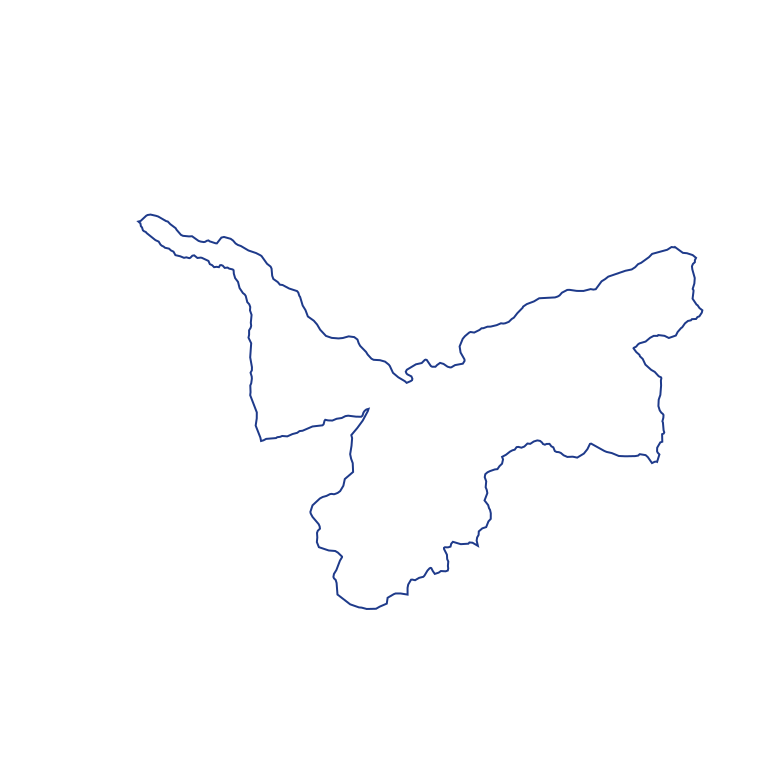 Trong, Tongsa, Bhutan, rotated 288°
{"feature_id": "84629894B683869752306", "entity_name": "Trong", "entity_type": "district", "adm_level": 2, "iso_a3": "BTN", "parent_name": "Bhutan", "parent_adm1": "Tongsa", "projection": "robinson", "projection_center": [90.682, 27.159], "detail": "fine", "context": "isolated", "style": "outline", "palette": "blue", "viewbox_px": 768, "rotation_deg": 288, "n_neighbors": 0, "source": "geoboundaries", "source_scale": "gbopen_adm2", "svg_char_len": 6166}
<svg xmlns="http://www.w3.org/2000/svg" viewBox="0 0 768 768"><g transform="rotate(288 384 384)"><path d="M604.2,618.3L603.7,618.0L603.1,615.1L599.2,611.9L590.6,598.8L586.5,596.8L578.7,591.1L576.5,588.6L572.7,586.8L569.5,584.2L566.3,578.6L555.4,564.1L552.1,561.9L548.9,559.2L539.6,556.1L538.5,554.0L538.1,551.2L534.1,544.9L532.1,538.5L530.9,531.4L530.1,529.2L525.8,525.0L522.5,523.6L520.9,522.2L519.2,519.9L513.5,505.1L508.9,501.1L504.1,495.1L500.6,492.4L499.4,492.3L492.5,488.9L487.2,487.0L485.3,485.4L481.7,483.5L479.2,480.5L478.3,478.7L477.9,476.5L474.8,473.0L471.5,467.6L470.5,464.7L467.8,461.3L467.1,459.5L465.0,458.2L460.8,453.9L460.2,450.2L459.2,449.1L454.5,446.2L451.3,444.9L443.1,444.3L437.6,447.1L432.3,452.9L430.9,453.5L427.7,452.7L423.9,445.7L420.7,442.9L420.2,441.8L420.1,439.1L421.5,434.4L421.4,430.8L418.4,428.6L416.3,427.6L415.3,424.5L415.6,423.0L420.1,417.2L420.0,416.0L419.4,415.3L415.6,413.4L412.6,408.3L404.6,401.3L402.4,400.9L401.0,402.1L400.4,403.2L399.7,407.7L397.7,409.4L396.3,409.5L395.0,408.5L392.1,405.2L393.1,403.0L394.8,395.5L397.4,389.1L402.9,384.0L403.9,382.6L405.6,378.1L405.4,372.8L403.8,366.6L404.2,364.2L407.0,359.3L408.9,357.1L412.9,349.5L415.0,347.3L418.1,345.0L419.4,341.2L418.4,335.7L415.0,330.6L413.3,326.7L411.7,320.0L411.8,313.9L415.9,306.5L419.9,302.0L422.5,297.7L424.7,290.7L430.0,286.5L433.5,282.4L440.9,277.3L441.7,276.2L444.5,274.2L445.5,272.6L445.5,264.3L446.8,256.9L446.3,254.3L448.1,251.5L449.7,246.3L452.4,244.2L459.0,241.4L460.6,239.9L462.2,235.6L467.9,227.9L468.3,226.3L469.0,221.9L469.1,213.8L471.0,205.3L471.1,202.0L471.8,199.4L473.8,196.1L474.7,193.3L474.4,186.4L473.0,184.1L466.1,181.6L465.8,180.4L465.8,174.1L466.3,172.7L465.5,171.3L463.9,169.9L463.3,168.8L462.8,165.7L462.8,163.4L465.2,155.8L464.1,152.9L462.8,147.0L463.1,144.8L466.6,139.0L467.8,137.7L470.0,131.3L471.7,128.2L471.6,126.3L473.5,117.5L473.5,115.2L473.0,109.6L471.7,107.0L470.6,105.9L463.8,102.1L462.6,100.2L461.5,102.7L459.0,104.0L458.1,105.5L455.7,107.2L455.2,108.3L454.9,110.6L454.2,111.6L450.2,122.2L449.8,125.7L447.5,128.4L446.8,130.1L446.6,131.9L445.9,133.6L446.3,137.7L445.2,140.1L444.8,142.9L442.1,145.8L442.5,150.7L442.2,154.8L443.4,156.9L443.5,159.9L444.2,160.8L446.8,162.1L447.7,163.7L446.2,167.6L447.6,170.7L447.7,171.9L446.8,179.0L444.2,181.3L443.9,183.8L442.6,186.3L443.7,188.5L444.1,190.9L446.3,191.4L446.8,192.4L446.7,194.1L445.2,196.6L446.4,199.3L445.9,201.1L446.2,204.7L445.7,205.8L442.5,207.1L438.7,209.7L436.0,213.6L430.6,217.0L426.9,221.7L426.1,223.9L425.0,225.3L419.6,228.7L418.2,231.2L415.9,233.0L412.6,233.8L408.8,236.7L401.1,238.4L398.3,239.7L396.2,239.8L393.4,239.1L389.1,240.5L386.2,240.8L381.7,245.1L368.0,248.5L359.2,253.2L356.2,254.1L353.5,253.6L350.2,255.9L348.2,256.7L343.6,257.5L341.3,257.3L335.0,259.6L332.0,260.2L317.7,271.8L312.0,273.6L304.8,274.8L294.8,283.0L291.8,284.7L293.2,286.8L295.4,288.9L299.2,298.0L300.4,298.9L301.7,301.6L303.1,303.2L304.3,308.2L308.1,312.4L310.8,316.6L313.1,318.2L314.4,321.0L321.5,329.1L325.7,338.3L327.0,339.0L330.6,338.8L331.8,339.2L332.1,342.1L333.3,346.2L336.3,349.7L338.6,354.3L341.5,357.2L342.8,359.7L344.3,367.5L345.8,372.4L347.2,373.3L350.5,373.3L352.5,373.9L354.3,375.1L355.6,377.0L353.3,377.0L342.7,375.1L333.9,372.2L325.3,368.7L322.7,370.4L315.2,372.2L306.8,373.5L302.8,375.8L299.1,378.7L290.8,381.8L281.5,376.1L274.7,376.8L268.6,375.4L266.1,373.6L264.6,371.8L263.7,370.5L263.3,368.1L262.6,366.7L259.8,363.9L257.6,360.6L255.3,358.4L246.5,353.5L239.6,353.5L238.2,354.3L235.5,357.1L230.5,365.2L228.7,366.8L226.6,367.8L224.0,366.4L221.7,366.3L217.4,368.0L212.9,369.0L208.7,372.5L208.6,382.9L210.1,389.2L209.4,392.3L206.9,397.4L206.3,397.6L202.4,396.7L192.4,396.2L187.9,395.1L184.9,395.5L183.7,396.5L182.7,398.6L180.1,400.4L169.4,404.8L164.0,419.9L163.8,429.2L164.4,431.8L164.7,437.1L167.8,445.9L170.9,448.7L176.0,454.5L181.8,453.5L187.2,458.3L188.4,459.8L189.9,464.4L191.0,471.5L197.4,469.4L200.8,469.0L206.2,470.2L206.7,471.2L207.0,474.2L210.5,477.3L212.8,481.0L214.3,481.7L220.0,483.0L222.8,484.3L223.5,485.1L223.5,485.9L221.2,488.2L219.1,491.0L221.5,494.3L223.7,495.9L224.9,500.5L226.3,502.3L228.4,502.1L230.7,501.0L235.0,500.0L237.0,498.2L241.1,496.6L245.7,492.0L246.7,491.7L247.5,492.3L248.5,495.5L249.9,497.5L252.9,497.3L255.2,498.3L255.4,506.5L258.2,513.6L259.7,514.2L260.4,517.2L259.1,523.3L263.7,520.5L266.8,520.0L269.7,520.6L273.1,519.7L277.1,522.1L279.5,525.4L285.6,525.8L288.7,527.2L294.1,525.5L297.1,523.7L298.3,522.3L301.0,520.5L304.3,515.6L312.2,516.0L315.1,514.4L317.2,512.6L323.0,511.3L326.5,508.6L329.5,508.2L332.0,509.7L333.9,511.7L337.0,515.8L338.1,518.2L341.5,519.2L344.7,520.9L349.1,520.5L351.2,518.8L354.4,521.9L358.6,524.7L360.6,526.6L361.9,528.6L364.9,529.6L365.7,531.2L365.9,534.4L367.9,536.8L371.7,538.8L372.3,541.6L375.6,544.2L377.7,547.2L377.9,548.4L378.1,550.1L377.1,552.5L376.1,553.7L376.0,555.8L377.2,557.1L378.2,559.9L376.4,562.5L376.1,564.6L373.0,567.2L372.7,569.1L373.2,571.3L373.1,573.4L371.7,576.9L371.3,580.9L373.2,586.0L373.7,590.5L379.6,595.6L384.9,597.6L390.7,598.4L391.3,599.4L388.4,614.3L388.2,616.7L388.7,622.0L388.1,629.6L389.9,636.1L393.1,645.3L394.5,647.9L396.2,648.8L396.4,649.6L397.2,654.8L396.0,657.5L391.6,663.3L393.7,665.5L394.4,667.0L394.3,667.8L402.1,667.7L403.3,665.5L404.4,664.5L407.8,663.5L413.8,664.8L415.1,666.5L422.2,664.0L423.3,665.3L424.6,665.5L426.4,664.2L433.5,661.2L434.6,660.3L438.2,660.1L440.9,659.4L441.8,658.3L442.4,656.6L444.1,654.4L447.8,651.8L454.0,650.1L459.0,650.2L468.2,648.0L472.8,646.3L475.2,646.0L475.9,645.5L476.3,642.8L479.2,637.7L480.0,633.8L483.2,626.6L487.8,622.3L489.4,618.9L490.7,617.9L492.3,614.1L495.0,610.3L495.5,610.3L497.5,612.3L500.1,613.3L501.6,614.4L505.2,619.7L510.2,622.8L513.1,625.6L514.3,629.3L515.3,629.7L516.5,635.9L515.8,640.7L520.3,646.6L524.2,647.2L528.9,649.2L530.1,650.1L534.7,651.5L537.9,653.6L539.4,656.2L540.8,656.8L542.3,660.7L544.5,661.4L545.8,663.0L550.1,664.2L552.5,664.0L553.7,660.6L555.8,657.9L556.1,656.7L560.5,651.1L567.4,649.8L568.8,649.4L569.8,648.2L575.5,648.1L580.8,646.8L588.3,641.8L591.1,640.5L593.6,640.7L595.9,642.0L597.9,641.4L600.4,641.8L602.0,637.7L602.0,631.7L601.1,627.7L604.2,618.3Z" fill="none" stroke="#1e3a8a" stroke-width="2"/></g></svg>